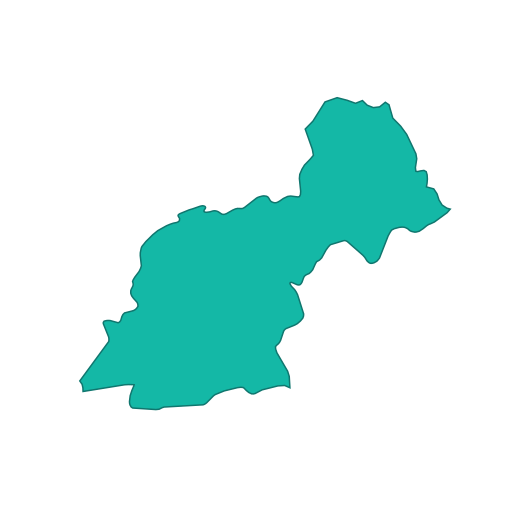 outline of San Miguel, rotated 77°
{"feature_id": "SLV-1352", "entity_name": "San Miguel", "entity_type": "Department", "adm_level": 1, "iso_a3": "SLV", "parent_name": "El Salvador", "parent_adm1": "", "projection": "orthographic", "projection_center": [-88.259, 13.545], "detail": "fine", "context": "isolated", "style": "filled", "palette": "teal", "viewbox_px": 512, "rotation_deg": 77, "n_neighbors": 0, "source": "natural_earth", "source_scale": "10m", "svg_char_len": 3589}
<svg xmlns="http://www.w3.org/2000/svg" viewBox="0 0 512 512"><g transform="rotate(77 256 256)"><path d="M227.0,74.4L230.6,67.7L236.3,65.6L242.5,65.1L248.2,63.2L252.3,59.3L254.0,56.2L256.8,60.1L263.0,74.5L263.9,78.8L264.1,80.6L264.9,82.9L266.9,86.9L268.6,91.4L268.7,94.6L268.4,96.1L267.8,97.4L267.2,98.6L266.5,99.7L265.6,100.6L264.5,101.4L263.5,102.1L261.9,104.1L261.3,105.2L261.0,106.1L260.7,107.1L260.3,110.1L260.5,115.2L260.9,116.7L261.3,118.1L263.2,120.1L266.1,122.7L285.7,136.1L286.9,137.5L288.3,139.5L289.2,142.7L289.2,144.7L288.8,146.3L288.0,147.3L287.0,148.1L285.8,148.9L281.8,150.3L279.4,151.6L262.3,163.9L261.5,164.9L260.9,166.0L260.8,167.5L261.7,180.9L263.3,183.4L266.0,186.5L272.6,192.4L274.3,195.1L275.2,198.3L277.2,200.1L282.1,203.8L284.0,206.3L285.1,208.4L285.3,210.0L285.7,211.5L286.2,212.7L287.0,213.8L288.2,214.7L291.9,217.1L293.1,218.3L293.9,219.7L293.8,221.0L293.3,222.3L290.2,226.5L289.6,227.6L289.6,228.6L290.5,229.2L293.3,228.4L297.5,225.9L300.2,224.9L303.1,224.2L323.2,222.6L325.2,223.2L327.1,224.4L329.3,227.3L331.2,230.9L332.0,233.7L333.5,243.2L334.1,244.4L334.9,245.5L336.0,246.3L343.7,251.0L345.4,252.5L346.6,254.0L347.1,255.1L348.0,256.5L348.7,257.4L351.2,257.8L355.1,257.4L375.4,251.1L380.8,250.7L392.0,252.6L388.6,257.2L387.5,263.9L387.8,280.1L389.8,287.8L389.8,289.5L389.3,291.3L387.4,293.7L385.9,294.9L384.5,295.9L382.3,297.2L381.3,298.0L380.5,300.2L380.1,303.6L380.3,317.3L381.8,326.7L382.3,328.1L383.0,329.4L387.9,337.1L388.5,338.4L388.9,339.7L389.1,341.0L382.5,379.5L382.7,381.7L383.5,384.8L383.1,388.1L376.4,410.3L375.1,411.6L372.7,412.3L371.0,412.3L369.3,412.0L363.8,410.0L359.3,407.3L355.0,404.2L354.0,403.7L352.6,409.0L351.9,413.1L349.1,455.0L345.5,454.3L341.9,454.3L338.1,455.8L306.2,418.7L304.8,418.2L303.4,417.9L301.7,417.8L287.6,420.0L286.3,419.7L285.3,418.6L285.3,416.0L285.6,414.3L286.1,412.6L290.0,405.4L289.7,403.9L288.4,402.3L285.0,400.4L283.1,398.8L281.9,396.9L281.7,389.0L281.6,387.5L281.1,385.8L280.2,384.2L278.5,382.3L276.3,382.0L274.6,382.2L269.7,384.9L267.1,386.0L265.6,386.3L264.1,386.4L262.7,386.1L261.4,385.7L260.3,385.0L258.3,383.3L257.2,382.5L255.9,382.0L254.4,381.9L253.1,382.0L251.6,381.0L249.4,378.9L244.8,373.4L242.2,371.3L239.8,369.9L229.6,368.7L226.8,368.0L223.0,366.3L221.8,365.6L220.9,364.8L217.2,360.1L212.0,351.7L209.2,346.0L206.4,336.4L205.7,332.3L205.4,329.2L205.5,325.7L205.2,324.1L204.4,322.7L202.3,322.0L199.9,322.8L198.9,322.8L198.2,322.2L197.6,320.5L196.0,310.7L195.8,307.2L195.0,300.0L194.9,298.5L195.0,296.9L195.5,295.5L196.3,294.5L197.2,294.2L198.0,294.5L198.6,295.0L199.3,295.9L200.1,296.5L201.1,296.6L201.8,295.8L202.3,294.4L202.6,291.1L202.4,287.8L202.6,286.2L203.1,284.8L203.8,283.6L204.6,282.6L207.4,280.0L207.5,279.9L208.1,278.5L208.3,277.3L208.1,275.3L206.0,268.3L205.5,265.5L205.5,263.3L206.6,259.1L206.6,257.8L205.9,255.8L199.7,242.5L199.3,241.1L199.1,239.5L199.0,236.4L199.2,234.8L199.7,233.4L200.2,232.2L201.1,231.2L202.3,230.6L205.1,229.7L206.2,229.1L207.1,228.1L207.8,227.0L208.4,225.7L208.6,224.2L208.3,222.3L207.6,220.1L206.1,216.4L205.1,211.9L205.2,210.3L205.4,208.7L207.9,201.8L207.9,200.3L206.2,198.9L203.0,197.9L190.3,196.3L186.3,195.0L181.8,191.7L178.3,188.3L173.9,181.5L170.8,177.4L164.6,177.1L143.4,179.5L137.4,170.2L121.4,154.1L120.0,141.5L120.0,141.3L124.8,132.1L129.6,124.7L128.5,117.3L134.1,113.7L137.8,108.3L138.5,102.0L135.3,95.4L137.6,93.3L138.5,92.4L152.4,91.7L162.1,85.8L171.5,81.8L192.4,77.2L197.4,77.5L205.7,80.8L209.4,81.2L210.1,79.6L210.1,76.4L210.4,73.1L212.1,71.2L215.4,71.0L219.6,71.7L223.7,73.0L227.0,74.4Z" fill="#14b8a6" stroke="#0f766e" stroke-width="1.5"/></g></svg>